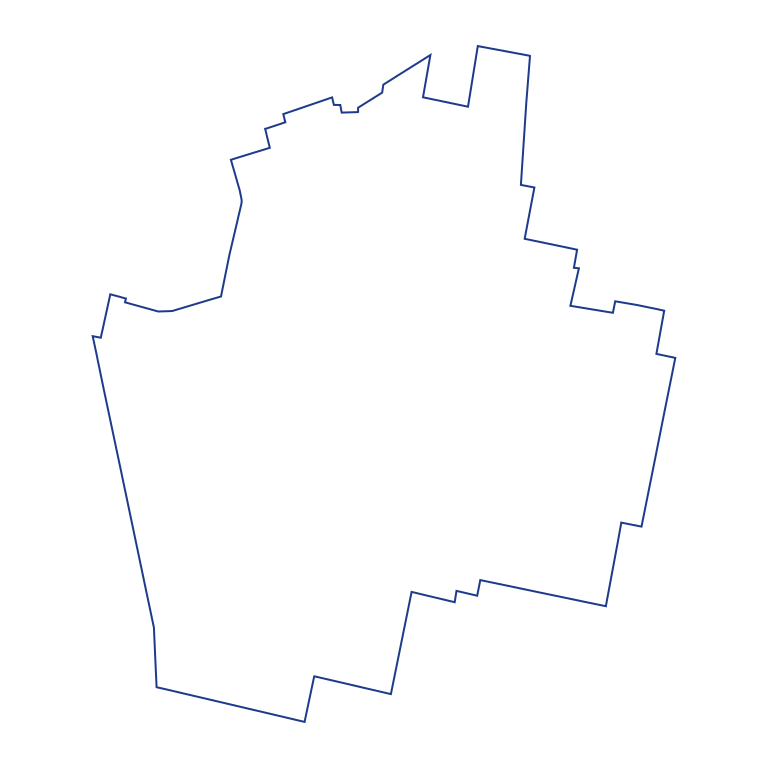 the district of Guasayán, Santiago del Estero, Argentina
{"feature_id": "61730980B4030066976433", "entity_name": "Guasayán", "entity_type": "district", "adm_level": 2, "iso_a3": "ARG", "parent_name": "Argentina", "parent_adm1": "Santiago del Estero", "projection": "robinson", "projection_center": [-64.92, -27.96], "detail": "fine", "context": "isolated", "style": "outline", "palette": "blue", "viewbox_px": 768, "rotation_deg": 0, "n_neighbors": 0, "source": "geoboundaries", "source_scale": "gbopen_adm2", "svg_char_len": 1682}
<svg xmlns="http://www.w3.org/2000/svg" viewBox="0 0 768 768"><path d="M605.9,606.2L605.9,605.9L617.9,541.5L621.3,522.6L621.6,522.7L641.5,526.6L653.5,466.8L665.2,408.1L675.3,357.9L656.4,353.9L664.2,310.7L656.9,309.1L637.0,305.0L615.2,301.3L612.9,312.8L570.4,305.8L578.9,268.3L573.9,267.8L577.1,249.7L524.7,238.8L524.7,238.7L527.2,225.4L534.4,187.5L520.9,184.9L526.3,102.7L530.0,55.9L529.9,55.8L477.8,46.1L468.0,106.7L423.0,97.3L430.4,55.0L398.1,75.3L383.4,84.6L383.3,84.8L382.2,92.4L382.2,92.6L370.7,99.8L358.1,107.7L358.1,111.9L358.1,112.0L357.9,112.1L341.7,112.6L341.5,111.7L340.3,105.0L340.2,105.0L334.0,104.9L333.9,104.9L332.1,97.4L311.4,104.5L283.3,114.1L285.3,122.3L284.8,122.4L282.5,123.2L280.2,124.0L273.5,126.2L265.3,128.9L265.2,128.9L267.3,137.7L269.8,147.8L262.7,150.0L257.8,151.5L254.1,152.6L248.0,154.5L242.8,156.1L239.5,157.1L230.9,159.8L232.9,166.7L235.4,175.3L237.4,182.4L239.7,190.3L241.5,199.2L241.7,201.3L241.4,203.7L240.0,209.8L238.2,217.3L237.6,220.1L229.4,254.9L227.8,262.9L225.9,272.2L221.0,296.5L220.6,296.6L209.3,299.9L198.6,303.1L185.6,307.0L173.9,310.5L172.2,311.0L170.3,311.1L158.2,311.5L149.3,309.0L140.9,306.7L125.0,302.3L125.9,298.5L124.2,298.1L119.3,296.7L110.3,294.3L102.5,330.0L101.3,335.3L100.8,337.7L94.9,336.6L92.7,336.2L96.7,355.0L97.9,361.0L99.6,369.1L100.2,372.1L100.9,375.5L103.7,389.0L105.0,395.2L111.7,426.9L120.9,470.4L146.8,593.9L149.7,607.6L151.0,613.8L153.9,627.5L155.8,670.1L156.6,687.2L165.0,689.1L304.1,721.8L304.6,721.9L304.7,721.3L314.2,676.4L314.3,676.3L390.9,694.1L391.0,693.6L411.6,591.9L425.7,595.3L454.7,602.2L456.5,590.9L477.2,595.7L480.3,580.1L585.9,602.1L605.9,606.2Z" fill="none" stroke="#1e3a8a" stroke-width="2"/></svg>